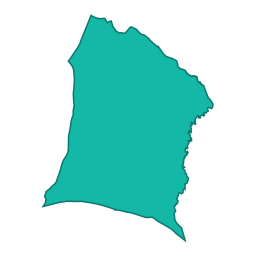 Nasarawa, Nassarawa, Nigeria
{"feature_id": "59680162B9133954487337", "entity_name": "Nasarawa", "entity_type": "district", "adm_level": 2, "iso_a3": "NGA", "parent_name": "Nigeria", "parent_adm1": "Nassarawa", "projection": "equal_earth", "projection_center": [7.947, 8.329], "detail": "fine", "context": "isolated", "style": "filled", "palette": "teal", "viewbox_px": 256, "rotation_deg": 0, "n_neighbors": 0, "source": "geoboundaries", "source_scale": "gbopen_adm2", "svg_char_len": 4662}
<svg xmlns="http://www.w3.org/2000/svg" viewBox="0 0 256 256"><path d="M76.4,49.4L69.8,59.3L68.3,61.1L71.8,65.4L73.6,69.5L74.4,79.1L73.9,88.8L73.3,93.0L73.7,102.0L74.2,104.9L73.1,111.3L73.3,114.1L73.1,114.9L71.4,120.1L69.7,131.2L68.6,135.9L68.3,150.6L67.2,154.3L63.6,160.0L62.3,162.9L60.0,171.1L56.3,181.8L54.9,183.9L51.7,186.5L50.0,188.5L46.1,191.6L45.5,193.9L44.5,196.4L46.1,199.2L45.4,202.8L43.1,206.5L60.1,202.2L62.2,202.0L67.6,201.2L70.2,201.5L71.2,201.0L72.7,201.5L80.7,201.4L81.7,201.4L89.0,202.5L96.8,203.9L104.8,206.0L112.7,208.6L114.6,209.2L115.0,209.4L114.9,209.9L118.9,210.1L124.7,211.6L126.8,212.1L131.1,212.8L135.3,214.0L140.8,215.9L146.1,217.5L151.7,217.3L153.6,218.0L156.6,220.3L158.6,221.7L164.2,224.8L172.1,229.5L173.5,230.9L176.3,233.7L185.2,240.6L181.6,228.0L177.1,223.6L174.9,220.2L174.4,215.5L174.0,214.6L174.3,213.3L174.9,212.2L175.7,210.8L175.1,209.7L174.5,208.4L174.3,207.2L174.6,206.4L175.2,206.0L175.7,204.4L176.4,204.4L176.9,203.9L177.9,201.8L178.1,201.1L177.2,200.0L176.8,199.0L177.4,198.3L177.3,197.3L177.8,196.4L178.3,195.4L178.7,193.3L179.1,192.9L179.9,192.7L180.6,193.4L181.7,193.7L182.4,193.1L183.0,192.7L182.9,192.0L183.0,190.8L184.0,188.8L184.3,188.6L185.0,189.2L185.1,187.4L185.0,185.0L185.2,184.0L185.8,183.9L186.2,183.4L186.7,183.1L187.2,182.8L187.2,182.0L187.4,181.6L187.8,181.0L188.1,180.1L188.1,179.0L188.3,178.5L188.4,177.8L188.0,177.4L187.3,177.1L186.7,176.6L186.6,175.1L186.3,173.8L186.0,173.4L185.1,172.9L184.8,172.1L184.9,170.7L184.4,170.0L183.0,168.9L182.8,168.5L183.1,167.8L183.4,167.6L184.1,167.6L184.6,167.5L184.5,167.0L184.2,166.9L182.4,166.6L182.1,165.7L183.1,165.0L183.5,164.1L183.3,163.4L183.2,162.9L183.3,162.6L183.7,162.2L183.7,161.9L183.5,161.5L183.4,161.0L183.5,160.6L183.8,160.3L183.9,159.8L183.7,158.6L183.8,158.2L184.4,158.2L184.8,157.8L185.1,157.0L184.8,156.8L184.7,156.2L185.0,155.9L185.9,155.4L186.6,155.4L186.9,155.1L186.8,154.4L187.2,153.9L187.7,153.3L187.9,152.8L187.7,151.8L187.4,151.3L187.1,151.5L187.1,152.2L186.6,152.6L186.0,152.3L185.7,151.8L185.2,150.9L185.0,150.2L185.6,149.5L185.6,148.2L185.8,147.8L186.1,147.7L186.5,147.9L187.0,148.4L187.3,148.5L187.6,147.9L187.7,147.3L187.3,146.4L187.3,145.6L187.5,145.0L188.0,144.6L188.3,143.9L188.6,143.4L189.0,142.7L188.7,142.1L188.4,141.6L188.2,141.0L188.2,140.8L188.7,140.6L188.9,140.4L189.3,140.6L189.7,141.1L190.1,141.3L190.7,141.2L190.9,140.9L191.4,140.8L191.7,140.5L191.6,140.2L191.0,140.0L190.8,139.7L190.8,139.3L191.2,139.1L191.5,138.7L191.5,138.1L190.8,137.9L190.5,137.5L190.2,136.8L190.3,135.7L190.2,135.0L189.9,134.5L189.0,134.2L188.3,133.2L188.5,132.7L188.6,131.9L188.8,131.1L189.1,130.9L189.5,132.5L189.9,132.6L190.1,132.3L190.0,131.6L190.1,131.3L190.5,131.4L190.8,132.1L191.1,132.4L191.2,131.9L191.0,131.1L191.2,130.2L191.4,129.4L191.3,128.6L190.9,127.8L190.9,127.3L190.7,126.3L190.4,125.5L190.5,125.2L190.8,125.2L191.3,125.7L191.7,125.4L192.0,125.0L192.3,124.3L192.0,123.6L191.7,123.3L191.3,122.9L191.3,122.5L191.5,122.3L191.8,122.4L192.2,123.1L192.9,123.6L193.6,123.1L194.2,123.3L194.9,124.2L195.4,124.4L195.6,124.0L195.2,122.8L194.7,121.8L194.7,121.4L195.3,121.3L195.2,120.5L195.2,119.3L196.1,117.6L198.2,115.6L198.9,116.3L198.5,117.7L199.9,118.1L200.5,117.2L200.3,116.2L202.3,114.7L203.8,115.9L204.5,115.4L203.5,113.3L204.4,112.5L205.8,113.2L206.8,111.9L208.1,111.3L207.6,108.1L208.5,107.3L211.5,108.6L212.6,107.1L212.9,104.0L210.1,99.5L208.4,98.1L205.8,91.6L204.0,86.4L203.5,85.4L202.6,85.3L202.3,85.0L202.0,84.3L201.7,84.1L201.1,84.5L200.9,84.2L200.7,83.7L200.4,83.7L200.1,83.5L200.2,83.2L200.5,82.8L200.5,82.2L200.0,81.9L199.6,81.8L199.1,82.1L198.6,82.1L198.4,81.8L198.1,81.7L198.1,81.0L197.7,80.6L197.5,80.1L197.6,79.4L196.9,78.4L196.9,78.0L197.2,77.7L197.2,77.3L196.9,76.7L196.5,76.6L196.4,76.9L196.2,77.0L195.9,76.3L195.4,76.2L194.9,76.1L194.6,76.3L194.3,76.2L194.4,75.9L194.1,75.8L193.3,75.8L192.6,75.9L192.6,76.2L192.3,76.1L192.1,76.0L191.9,76.1L191.7,76.0L191.3,76.1L191.1,76.1L190.8,76.0L190.5,75.9L190.4,75.5L190.1,75.5L189.3,75.4L189.0,74.8L188.5,74.4L187.7,73.9L187.3,73.4L187.0,72.9L186.8,72.9L186.4,72.3L186.2,72.0L185.9,72.3L185.7,72.1L185.6,71.6L185.4,71.2L185.2,70.4L184.9,70.2L180.3,68.6L177.8,66.5L177.6,63.9L176.6,60.9L173.4,59.0L166.1,56.4L163.4,53.8L158.0,46.2L157.1,46.6L149.4,39.7L149.2,38.9L145.3,35.9L144.6,35.2L143.1,34.7L142.2,34.7L141.0,34.0L139.6,32.9L136.7,29.7L135.5,28.8L131.1,26.9L129.8,27.6L127.5,30.6L124.7,33.4L120.8,32.7L119.4,33.0L115.6,30.8L115.2,29.6L113.0,26.8L111.2,21.0L110.3,21.1L108.4,22.0L107.5,23.0L104.8,18.4L99.8,18.7L97.0,18.2L93.2,16.7L91.0,15.4L88.8,21.1L81.2,39.7L80.0,43.4L79.5,44.4L77.9,47.1L76.8,49.0L76.4,49.4Z" fill="#14b8a6" stroke="#0f766e" stroke-width="1.5"/></svg>